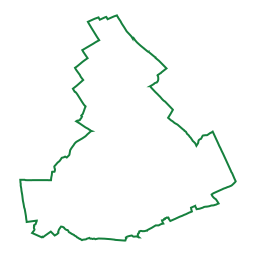 Oltenesti, Vaslui, Romania (Robinson projection)
{"feature_id": "2599482B69847622233243", "entity_name": "Oltenesti", "entity_type": "district", "adm_level": 2, "iso_a3": "ROU", "parent_name": "Romania", "parent_adm1": "Vaslui", "projection": "robinson", "projection_center": [27.897, 46.604], "detail": "fine", "context": "isolated", "style": "outline", "palette": "green", "viewbox_px": 256, "rotation_deg": 0, "n_neighbors": 0, "source": "geoboundaries", "source_scale": "gbopen_adm2", "svg_char_len": 5699}
<svg xmlns="http://www.w3.org/2000/svg" viewBox="0 0 256 256"><path d="M212.7,131.6L211.6,132.4L210.7,132.9L210.4,132.9L207.4,135.0L206.9,135.2L206.5,135.2L205.0,135.2L204.2,135.4L203.4,135.4L202.8,135.6L202.4,136.2L201.2,138.5L200.9,138.9L199.8,139.3L199.2,139.8L198.7,140.3L198.4,141.2L198.3,142.3L198.0,143.3L196.4,145.8L195.2,143.2L194.5,142.6L193.7,141.7L192.7,140.9L192.1,139.8L191.1,138.4L190.6,137.6L189.7,136.8L189.0,135.7L188.4,135.0L187.0,133.8L186.1,132.0L185.8,131.7L185.0,131.1L184.7,131.0L184.5,130.9L184.4,130.6L184.1,130.2L182.9,129.3L177.5,124.6L174.6,123.0L172.5,121.2L171.1,120.4L168.1,117.8L170.3,114.3L172.9,109.8L172.9,109.7L172.3,109.1L165.1,101.6L163.6,100.6L162.0,99.0L161.1,97.9L159.7,96.3L159.0,95.7L157.7,94.3L155.3,92.0L152.2,88.7L151.0,87.4L150.5,86.4L150.3,86.2L150.2,86.2L152.3,85.0L154.0,83.9L154.5,83.3L155.1,83.0L156.9,82.4L157.1,81.9L157.6,81.5L157.9,80.9L158.2,79.8L158.3,79.1L158.2,77.1L158.0,76.3L157.5,75.4L157.7,75.0L158.5,74.6L159.8,73.6L160.8,73.1L161.4,72.4L166.5,68.4L159.0,60.8L155.6,58.0L155.7,57.8L155.7,57.7L155.6,57.4L155.0,57.1L154.2,56.5L148.6,51.9L148.6,51.7L148.4,51.8L148.2,51.8L147.8,51.6L140.4,45.5L138.2,43.5L136.9,42.3L135.0,40.1L134.3,39.0L133.6,38.0L133.0,37.5L132.5,37.6L132.4,37.8L132.4,38.1L131.8,37.1L131.2,36.2L126.7,31.4L124.2,27.3L123.2,25.8L121.9,23.8L121.1,22.4L120.7,21.5L118.1,17.6L117.7,16.7L117.3,16.3L116.9,15.4L114.0,16.4L107.6,19.2L106.6,17.4L106.2,16.9L104.6,17.5L99.8,19.7L99.2,18.7L98.5,17.4L94.8,18.7L87.9,21.8L88.7,23.3L91.5,28.0L97.0,36.9L99.2,40.2L95.6,42.2L93.1,43.8L82.3,50.1L83.5,52.2L87.6,58.2L85.0,60.0L82.7,61.7L76.8,66.6L75.6,67.4L75.0,67.8L75.4,68.6L76.4,70.2L79.1,73.9L79.7,74.7L80.1,75.4L80.5,76.4L81.1,77.3L83.2,80.0L76.5,85.9L72.9,88.7L74.7,91.8L75.0,91.8L75.3,91.9L76.1,92.7L77.3,94.3L81.0,100.2L81.8,101.5L83.4,103.9L83.9,104.7L84.5,105.3L85.0,106.0L85.4,106.1L85.6,106.5L84.8,108.3L84.0,110.7L83.2,112.8L82.9,113.7L82.6,114.2L82.1,114.6L81.8,115.0L81.2,115.7L81.3,115.9L82.0,116.6L81.7,117.1L81.4,117.8L80.8,118.7L80.2,119.2L80.0,119.8L79.8,120.1L79.3,120.3L78.1,120.5L77.1,120.7L76.2,121.3L79.8,123.5L85.5,127.4L88.5,129.0L88.8,129.4L90.1,130.1L90.9,130.8L91.7,131.1L90.7,131.3L89.6,132.4L87.2,134.5L86.4,135.4L85.3,136.4L82.3,138.4L76.6,141.7L75.7,142.4L74.7,143.5L74.4,143.9L73.4,145.5L72.9,146.1L71.4,148.2L70.2,150.2L69.6,153.6L69.4,154.7L69.1,155.2L66.8,157.5L66.6,157.5L65.4,156.7L65.1,156.6L64.7,156.8L63.8,157.3L61.8,157.8L61.6,158.0L60.9,159.2L59.5,161.1L57.6,162.6L55.5,165.1L54.7,165.9L54.3,166.5L54.5,168.0L54.8,168.6L55.0,169.7L54.9,170.4L54.7,171.1L54.5,171.7L54.1,171.8L52.2,171.7L52.1,171.8L51.8,175.0L51.2,177.9L51.0,180.2L42.0,180.1L27.2,180.2L25.3,180.1L24.7,179.8L20.3,179.8L20.5,182.9L20.7,183.6L20.7,185.7L21.2,188.2L21.5,190.9L22.2,194.8L22.9,200.6L23.5,203.5L24.2,207.6L24.6,208.6L24.8,209.4L25.9,215.9L26.3,219.5L26.6,220.9L26.7,222.0L36.8,220.6L36.8,220.8L36.7,221.1L35.8,223.5L35.7,223.8L35.5,224.3L35.2,224.5L34.8,224.6L34.3,224.9L34.0,225.4L34.0,225.9L34.2,226.4L34.1,226.6L33.9,227.1L34.0,228.4L34.3,228.9L34.5,229.4L34.4,229.8L34.2,230.3L33.3,231.4L32.1,233.0L41.7,237.3L42.3,236.7L43.0,237.2L45.1,235.6L50.8,231.6L54.7,235.5L56.1,234.7L57.2,234.0L58.4,232.9L58.4,232.6L58.2,232.3L58.1,232.0L58.3,231.7L58.7,230.2L59.0,229.5L61.0,226.6L61.9,226.7L62.7,226.9L63.2,227.2L63.3,227.2L63.5,227.4L63.8,227.5L64.1,227.7L64.3,228.2L64.7,228.6L65.4,229.3L66.3,229.8L66.7,230.0L67.3,230.0L67.6,230.1L68.0,230.4L68.6,231.6L68.7,231.9L69.1,232.3L70.2,232.8L70.5,233.1L71.0,233.3L71.5,233.8L72.2,234.1L72.6,234.2L73.3,234.7L74.0,234.9L74.4,235.5L74.6,235.6L76.5,236.6L76.8,237.2L77.0,237.3L77.9,237.8L78.1,237.8L78.7,238.2L79.5,238.9L80.2,238.9L80.4,239.0L80.9,239.4L81.8,240.1L82.1,240.1L82.9,239.7L85.5,239.4L86.0,239.3L86.4,239.1L86.9,238.7L88.7,238.2L89.4,237.9L90.1,238.6L90.5,238.7L91.0,238.6L91.5,238.6L92.3,238.9L92.7,239.0L93.5,238.7L94.5,238.7L95.3,239.2L95.5,239.2L96.1,239.0L97.7,238.7L98.3,238.5L104.4,238.7L110.7,239.2L114.9,239.7L115.1,239.9L115.5,239.9L125.0,240.6L125.4,240.5L125.5,240.0L126.0,238.6L125.9,237.8L126.2,237.8L126.1,237.5L126.5,237.0L127.3,236.6L129.3,236.0L131.8,235.5L133.1,236.5L133.4,236.6L134.7,236.6L135.5,236.5L136.4,236.4L137.2,236.7L137.6,236.7L138.7,237.4L138.9,237.4L139.0,237.4L138.5,237.0L138.2,236.7L138.2,236.3L137.9,235.9L137.8,235.5L137.8,235.0L137.9,234.4L137.9,234.1L138.3,233.7L138.3,233.4L139.1,232.8L139.2,232.4L139.2,231.5L140.4,231.0L140.8,230.9L141.8,231.0L142.6,231.2L144.6,231.1L146.1,230.7L147.1,230.7L147.3,230.1L148.9,229.3L149.2,229.1L151.6,227.9L155.7,225.4L156.4,225.4L158.7,225.4L159.7,224.8L161.4,224.0L163.3,223.6L163.0,223.1L162.4,221.8L162.0,220.4L162.7,220.3L164.7,219.2L164.4,218.8L165.3,218.2L166.3,217.9L166.9,217.5L167.3,217.8L168.3,217.5L168.6,217.9L168.9,219.0L170.3,221.0L173.0,219.8L173.9,219.4L175.1,218.9L175.9,218.5L180.0,216.6L182.0,215.9L184.5,214.7L185.5,214.4L189.6,212.4L190.4,212.2L191.9,211.5L191.2,209.1L191.2,208.7L191.0,207.7L195.1,205.9L195.1,206.5L195.3,206.7L195.5,206.8L195.7,207.2L196.2,208.1L196.6,209.2L199.6,208.7L200.8,208.3L201.7,208.0L202.4,207.8L203.3,207.4L204.0,207.0L204.3,206.9L205.6,206.7L206.3,206.6L206.6,206.7L207.7,206.5L209.3,206.2L211.4,205.5L213.2,205.4L213.8,205.3L214.9,204.9L215.9,204.7L217.1,204.1L218.6,203.5L217.6,201.8L215.9,199.3L215.2,198.8L214.3,198.2L213.0,196.9L212.2,195.8L211.7,194.8L211.6,194.5L211.9,194.3L213.3,193.3L222.9,189.0L223.1,188.8L225.7,187.9L227.5,187.1L228.9,186.7L231.6,185.5L233.9,183.4L234.5,182.7L234.9,182.4L235.6,181.5L235.7,181.3L234.3,178.3L232.1,173.1L231.3,172.0L231.0,171.1L229.0,166.7L225.3,158.6L223.0,153.6L221.7,151.0L220.5,148.3L219.3,146.0L217.9,142.8L212.7,131.6Z" fill="none" stroke="#15803d" stroke-width="2"/></svg>